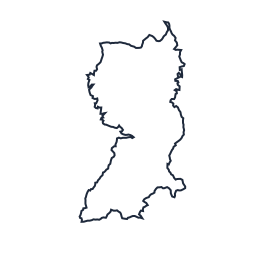 outline of Bofete, São Paulo, Brazil, rotated 337°
{"feature_id": "56859067B50203748010191", "entity_name": "Bofete", "entity_type": "district", "adm_level": 2, "iso_a3": "BRA", "parent_name": "Brazil", "parent_adm1": "São Paulo", "projection": "natural_earth1", "projection_center": [-48.291, -23.129], "detail": "fine", "context": "isolated", "style": "outline", "palette": "slate", "viewbox_px": 256, "rotation_deg": 337, "n_neighbors": 0, "source": "geoboundaries", "source_scale": "gbopen_adm2", "svg_char_len": 4750}
<svg xmlns="http://www.w3.org/2000/svg" viewBox="0 0 256 256"><g transform="rotate(337 128 128)"><path d="M105.9,216.7L105.4,213.7L104.4,211.8L106.2,210.0L107.6,209.1L109.4,210.3L109.8,208.8L111.2,207.1L112.9,207.1L114.5,206.7L116.0,206.7L115.5,204.1L114.2,202.4L113.5,201.1L115.0,200.0L116.9,199.6L118.3,199.6L120.1,199.8L121.7,198.6L123.5,198.0L125.2,198.1L127.1,197.8L127.8,196.4L129.9,195.0L131.9,194.2L134.1,195.0L135.7,195.4L136.7,197.2L137.9,197.6L140.9,197.7L142.2,199.5L143.0,202.0L141.9,204.9L141.9,208.3L143.7,209.9L144.8,208.8L145.5,206.8L147.8,204.5L149.6,204.6L150.7,205.5L152.4,206.1L154.6,206.0L157.1,205.7L157.8,204.2L157.1,200.5L157.8,197.0L156.4,195.3L154.5,194.6L153.2,194.1L151.7,194.1L151.0,192.1L150.9,189.1L149.6,187.5L149.6,185.6L148.9,184.1L149.2,182.2L148.6,180.2L149.5,178.2L150.3,176.5L151.3,177.5L152.8,176.0L154.5,174.9L154.5,173.0L154.9,171.5L155.2,169.5L156.8,168.2L158.3,166.8L160.1,165.3L161.3,164.7L162.7,163.1L165.2,162.6L165.2,160.7L167.6,160.1L169.5,159.7L171.6,159.1L173.5,158.1L175.0,156.7L176.8,155.9L177.5,153.6L178.8,151.9L179.1,150.4L179.3,148.9L180.4,146.7L180.6,144.9L181.6,142.4L182.7,140.6L181.7,138.7L181.9,136.3L182.5,133.9L181.9,131.4L182.0,128.6L180.9,126.6L178.9,126.9L178.3,125.0L179.3,123.2L178.5,121.7L177.1,120.5L178.1,119.1L179.6,118.4L181.8,119.4L183.3,118.2L184.3,116.5L185.1,115.3L186.5,115.2L187.1,113.1L185.9,111.4L187.5,111.0L188.9,112.3L190.2,113.1L191.0,111.5L191.8,109.8L190.7,107.8L191.0,106.1L192.2,105.8L192.2,104.2L190.0,103.1L190.4,101.6L192.9,101.4L194.8,101.3L194.2,99.8L194.7,97.7L196.3,97.1L197.1,99.1L196.7,101.2L197.7,102.2L198.5,100.6L199.1,98.7L199.8,96.4L200.3,94.9L198.4,94.8L199.3,92.2L201.8,92.4L203.6,92.8L205.1,91.3L204.4,90.0L203.1,88.5L203.0,86.2L203.1,84.4L203.1,82.3L204.6,80.6L205.5,78.5L207.4,77.0L205.2,75.8L203.8,75.1L202.5,74.8L201.3,73.3L203.8,72.1L205.7,71.1L206.3,68.4L205.5,65.7L207.0,63.7L206.5,61.2L205.5,59.4L205.2,57.5L205.3,55.9L205.1,53.8L205.3,51.9L206.1,50.1L206.5,48.4L206.3,46.6L204.9,45.8L203.0,44.4L203.3,46.4L203.9,49.0L204.0,51.3L203.0,53.7L201.3,54.8L199.3,56.8L197.7,57.2L196.5,57.7L195.0,58.9L193.5,59.8L191.2,60.4L189.7,59.8L188.3,58.8L187.9,56.7L187.3,54.8L186.3,52.9L184.0,50.7L181.5,52.1L179.7,52.5L177.7,53.1L176.0,53.6L175.1,55.3L173.5,57.0L172.6,58.3L171.3,59.0L169.9,58.7L168.2,58.1L166.6,57.4L165.4,55.5L164.0,54.4L162.8,53.4L161.8,51.5L160.1,50.5L158.6,49.0L156.8,47.9L155.3,46.7L153.8,45.8L151.5,45.5L150.0,44.7L147.9,44.1L146.5,43.4L145.0,43.3L144.1,42.0L142.0,40.9L140.1,40.4L138.5,39.9L137.0,39.9L135.3,39.3L135.1,41.7L135.3,44.0L135.0,46.6L134.1,47.7L133.6,50.8L132.1,52.6L130.7,54.1L129.5,55.5L128.4,56.7L126.4,57.5L123.9,58.2L122.9,59.5L122.5,61.8L121.0,62.8L119.5,62.2L118.1,64.3L117.3,65.9L116.1,64.3L114.8,62.6L113.6,63.9L111.0,63.2L111.4,64.6L111.6,66.1L110.2,67.2L111.3,68.7L110.3,69.8L109.2,71.0L108.1,73.0L107.6,75.1L109.6,74.9L111.6,73.9L113.1,74.5L111.2,75.5L110.2,76.4L108.6,76.9L107.1,77.6L106.6,80.1L106.4,83.0L108.2,85.0L107.1,86.5L108.6,88.2L110.0,88.7L111.2,88.8L110.8,90.6L108.4,92.8L107.1,92.3L106.8,93.9L105.6,95.5L106.3,97.1L107.7,98.1L108.6,96.7L109.8,98.1L111.4,98.7L110.4,100.5L109.3,102.3L108.2,104.2L109.8,104.9L111.4,105.0L112.7,105.3L109.1,106.9L109.3,108.7L107.4,108.4L106.3,109.5L107.6,110.3L108.3,111.7L107.1,112.5L106.8,114.0L107.9,115.7L109.2,116.4L111.6,118.9L113.0,120.3L114.7,121.2L116.0,122.6L117.7,123.7L119.6,123.1L120.8,122.2L121.1,123.7L122.1,125.4L122.6,127.8L121.1,128.7L119.6,128.4L119.9,130.5L121.1,131.9L122.8,133.3L124.3,133.9L125.8,134.2L127.4,135.4L128.6,136.8L129.6,138.7L128.0,138.9L127.1,137.5L125.6,136.9L124.2,136.6L122.4,136.3L120.9,135.6L119.4,135.0L117.3,134.7L115.8,133.3L113.8,133.3L113.1,134.7L112.1,136.3L110.0,138.3L109.5,140.0L108.1,139.4L105.3,140.2L104.2,141.9L105.1,144.2L105.6,145.8L105.0,147.9L103.7,148.9L101.3,149.3L99.6,151.2L97.7,154.0L95.7,154.7L94.7,156.1L93.9,157.6L91.7,157.9L90.4,158.7L88.8,159.3L87.6,159.2L86.1,161.5L83.7,162.3L82.1,163.5L80.0,164.4L78.3,166.0L76.5,165.6L75.9,167.0L74.8,168.4L73.1,169.3L71.6,170.3L69.9,169.8L68.8,170.8L67.6,169.8L66.1,170.8L64.5,172.3L63.3,173.7L62.3,175.1L61.2,176.1L60.6,178.0L59.9,179.5L59.2,181.2L58.9,183.6L58.7,185.1L57.2,185.0L55.5,184.5L54.7,185.8L52.7,186.2L51.4,188.2L50.0,189.8L48.9,190.6L48.8,192.1L49.9,192.9L49.7,194.6L48.6,196.2L50.7,197.0L54.5,197.5L56.4,198.3L58.7,198.7L60.5,198.6L62.2,199.6L64.0,200.2L65.7,201.2L67.4,201.0L68.7,200.5L70.4,200.7L72.6,202.0L73.9,201.0L75.3,199.6L77.7,198.9L79.4,198.1L80.5,196.6L82.5,198.5L84.5,199.3L85.7,199.5L86.6,201.2L87.8,202.8L87.9,204.5L87.5,207.1L87.4,208.8L89.5,210.2L91.6,211.4L92.9,210.6L94.6,210.9L96.5,210.8L98.1,210.9L99.8,211.6L101.2,213.1L102.5,214.6L104.0,215.1L105.9,216.7Z" fill="none" stroke="#1e293b" stroke-width="2"/></g></svg>